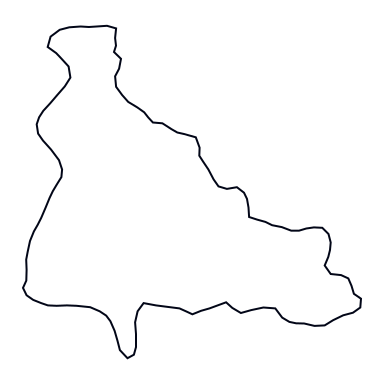 the district of Ipaba, Minas Gerais, Brazil
{"feature_id": "56859067B37276633330355", "entity_name": "Ipaba", "entity_type": "district", "adm_level": 2, "iso_a3": "BRA", "parent_name": "Brazil", "parent_adm1": "Minas Gerais", "projection": "mercator", "projection_center": [-42.368, -19.398], "detail": "fine", "context": "isolated", "style": "outline", "palette": "ink", "viewbox_px": 384, "rotation_deg": 0, "n_neighbors": 0, "source": "geoboundaries", "source_scale": "gbopen_adm2", "svg_char_len": 1665}
<svg xmlns="http://www.w3.org/2000/svg" viewBox="0 0 384 384"><path d="M47.7,47.0L56.2,53.1L61.4,58.6L68.6,66.5L70.4,77.6L64.8,86.4L57.2,95.1L50.2,103.3L43.3,110.8L39.1,117.3L36.7,124.3L38.1,133.6L43.0,140.6L51.0,149.5L59.0,160.2L62.1,169.5L61.4,177.1L56.8,184.5L52.8,191.2L49.6,197.9L45.7,207.4L41.2,217.9L37.7,224.8L33.9,231.4L30.0,241.0L27.7,251.7L26.2,259.6L26.6,269.8L26.3,280.6L23.0,287.9L26.6,295.3L33.2,299.9L41.2,303.1L47.9,305.4L56.6,305.8L66.9,305.4L76.6,305.8L90.2,307.2L99.7,311.3L106.2,315.6L110.4,321.2L114.6,330.8L117.5,340.8L119.9,350.1L127.5,358.2L133.9,354.7L136.0,347.1L136.0,334.1L135.1,322.3L137.6,311.3L143.6,303.1L156.0,305.4L169.3,307.1L179.5,308.4L186.4,311.5L192.4,314.3L201.1,310.8L209.5,308.4L217.1,305.6L226.1,302.3L232.3,307.9L240.9,313.0L251.2,310.1L263.4,307.5L275.3,308.4L282.2,317.6L289.4,321.9L296.1,323.3L304.2,323.5L314.5,325.9L324.7,325.4L333.1,320.2L343.2,315.3L353.0,312.7L360.3,307.5L361.0,298.7L353.9,293.8L351.5,285.8L348.3,278.4L341.1,275.1L330.7,274.0L324.7,265.5L328.3,256.9L330.0,250.0L330.7,242.5L328.5,234.0L322.3,227.8L313.9,227.4L306.3,228.5L298.9,230.7L291.3,230.7L281.8,227.1L272.1,225.2L265.4,221.9L257.1,219.6L249.1,217.0L248.5,207.5L247.0,198.9L244.0,192.7L236.9,187.2L226.9,188.9L218.5,186.4L213.6,179.4L208.4,169.5L203.1,161.6L199.3,155.7L199.6,147.7L195.8,137.3L184.0,134.0L177.3,132.5L171.4,129.1L162.4,123.3L152.9,122.5L148.2,117.4L144.2,112.3L137.3,107.4L128.2,101.9L122.2,95.1L116.1,86.8L115.1,76.3L119.1,68.7L121.0,58.8L114.0,52.0L116.0,45.7L115.1,38.0L116.1,28.4L107.0,25.8L96.6,26.5L88.9,27.0L80.6,26.5L69.3,27.3L59.7,29.8L50.6,36.6L47.7,47.0Z" fill="none" stroke="#020617" stroke-width="2"/></svg>